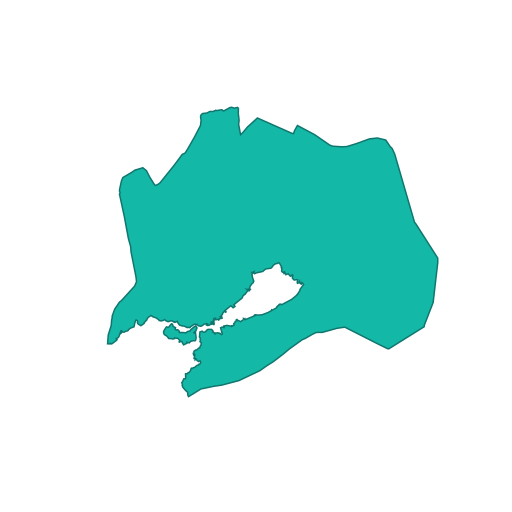 outline of Kota Kendari, Sulawesi Tenggara, Indonesia, rotated 148°
{"feature_id": "22746128B80961359079738", "entity_name": "Kota Kendari", "entity_type": "district", "adm_level": 2, "iso_a3": "IDN", "parent_name": "Indonesia", "parent_adm1": "Sulawesi Tenggara", "projection": "mercator", "projection_center": [122.584, -4.0], "detail": "fine", "context": "isolated", "style": "filled", "palette": "teal", "viewbox_px": 512, "rotation_deg": 148, "n_neighbors": 0, "source": "geoboundaries", "source_scale": "gbopen_adm2", "svg_char_len": 6152}
<svg xmlns="http://www.w3.org/2000/svg" viewBox="0 0 512 512"><g transform="rotate(148 256 256)"><path d="M84.4,268.8L83.6,274.8L83.8,276.4L84.2,276.6L84.5,285.6L90.6,291.8L97.7,295.2L111.3,298.1L121.0,300.7L125.3,303.1L132.8,308.5L134.7,311.0L141.9,327.7L151.7,344.7L156.7,342.0L159.4,339.9L160.6,341.1L181.7,372.3L194.9,369.9L201.6,367.7L204.8,367.1L201.0,376.8L198.4,380.1L195.6,386.0L192.7,390.5L192.9,391.8L196.1,392.9L197.8,395.0L199.5,395.7L206.4,396.1L207.0,396.5L207.1,397.6L207.9,398.4L212.2,400.1L212.9,400.9L215.8,401.3L218.5,403.0L221.9,403.3L225.7,405.1L227.3,405.0L228.7,404.1L229.4,403.2L230.6,400.3L233.9,396.1L245.6,389.2L257.6,382.8L261.3,381.0L262.5,380.9L264.6,381.3L276.8,376.5L298.6,368.9L300.9,368.7L303.6,369.0L304.3,370.1L304.3,379.5L303.7,386.4L305.2,390.8L313.2,393.0L316.6,392.8L327.3,393.1L330.4,390.9L334.5,386.7L336.8,384.3L337.5,383.0L337.7,381.7L339.0,380.8L346.7,359.4L354.9,338.6L357.4,330.2L359.8,325.7L368.8,302.0L370.9,297.6L374.8,294.8L394.0,289.4L396.1,289.3L404.0,285.8L410.0,281.1L410.5,280.0L412.3,278.3L415.7,273.7L423.1,267.4L428.4,260.2L426.5,258.9L425.6,259.1L425.5,258.2L424.5,257.9L418.8,258.4L418.1,258.8L418.4,260.0L416.5,259.8L415.1,260.2L410.1,264.2L409.5,263.9L409.5,263.5L411.0,263.0L411.3,262.1L410.0,262.5L408.2,261.3L406.1,261.1L404.3,260.5L402.4,261.2L400.6,261.3L396.9,260.6L394.3,263.4L391.9,265.3L391.5,265.2L390.9,264.0L391.0,263.2L392.0,262.2L392.0,260.8L390.6,257.9L387.2,258.0L386.1,258.4L386.0,258.8L382.2,259.7L381.9,260.3L379.9,261.1L376.5,261.1L376.2,260.8L375.9,259.4L373.7,256.7L372.3,253.7L372.3,252.6L370.9,251.2L368.7,250.5L367.1,250.5L366.8,248.9L365.3,246.8L363.1,246.3L361.5,245.5L360.9,243.9L360.3,243.6L360.5,243.4L360.2,243.0L359.9,243.2L359.5,242.6L357.4,242.3L357.7,241.3L357.5,238.0L355.4,235.5L354.2,234.9L352.3,231.7L351.7,231.7L350.2,230.4L349.8,230.4L349.8,230.7L344.6,230.8L342.2,229.2L341.9,227.4L340.1,225.7L338.7,225.4L336.0,225.7L333.2,224.4L333.0,224.0L334.5,223.6L334.0,222.8L333.2,222.4L332.1,222.0L330.7,222.2L329.8,221.6L329.5,222.1L329.4,223.6L328.6,223.7L328.3,223.1L328.8,222.2L328.8,221.4L328.1,220.2L327.7,220.3L327.2,221.1L327.5,223.1L327.1,222.9L327.3,223.3L326.3,223.8L325.8,223.4L325.6,223.6L325.4,224.9L324.4,225.3L323.3,224.6L324.1,223.7L323.9,223.2L321.4,222.2L321.5,221.5L321.1,221.5L320.7,222.2L317.7,221.2L317.3,222.4L317.8,223.1L318.7,223.1L318.7,223.5L317.0,223.4L316.8,224.0L315.5,224.2L314.7,225.0L311.8,226.1L311.7,224.6L311.0,224.5L311.1,226.2L304.3,227.1L303.6,226.9L302.8,224.2L300.5,224.4L300.7,226.4L290.1,227.7L287.9,229.2L286.9,229.2L286.3,229.6L285.6,229.3L281.2,231.0L281.5,232.5L280.7,231.6L280.0,231.7L280.0,231.3L280.7,231.1L280.4,230.1L278.4,230.7L278.7,231.6L279.8,231.4L279.8,231.9L279.2,231.7L276.7,233.6L274.0,234.7L272.7,234.8L271.2,235.8L270.3,239.9L268.9,242.9L268.3,243.4L268.3,244.0L267.4,243.1L267.4,244.0L266.0,243.8L267.1,243.0L266.7,242.7L267.2,241.9L266.5,242.5L266.5,241.7L264.6,241.5L258.5,239.3L254.7,239.9L249.9,237.8L249.0,237.8L245.9,239.0L243.8,239.1L241.6,238.3L240.3,238.3L239.9,237.4L240.1,232.9L240.8,232.7L240.7,231.5L242.3,229.7L242.2,228.5L241.7,227.6L240.2,227.6L240.1,226.9L241.4,226.2L240.3,225.4L240.5,224.3L238.0,223.9L237.8,221.3L237.3,220.4L235.1,220.9L235.0,220.2L236.8,218.1L236.7,216.7L236.3,215.3L234.1,214.5L233.4,213.7L234.9,212.0L235.3,210.9L234.3,210.7L232.5,211.5L233.3,210.0L233.0,209.3L232.7,209.4L232.8,208.7L232.4,208.1L231.1,209.1L230.7,206.6L236.3,204.4L236.9,203.6L240.8,201.6L240.8,201.8L242.6,201.1L248.9,200.3L260.2,201.1L260.4,202.0L261.5,202.6L262.5,202.5L262.9,202.0L263.9,202.2L265.4,201.8L265.8,201.2L270.7,201.4L271.2,202.1L271.8,201.5L275.7,201.7L282.3,203.0L286.5,205.4L287.1,206.2L288.3,206.7L288.8,206.6L288.7,206.0L298.8,207.7L298.6,208.8L299.6,208.7L299.8,209.4L300.2,208.7L303.8,208.5L305.5,211.1L305.9,211.1L305.8,212.3L306.3,212.4L306.5,211.4L308.2,211.6L309.3,210.6L310.7,210.5L311.2,209.0L313.9,209.2L313.6,209.8L314.7,210.0L317.3,212.5L320.5,213.7L320.7,213.4L319.9,213.1L321.0,212.1L322.4,213.7L324.1,213.9L325.5,209.1L325.3,208.6L325.8,207.8L326.7,207.6L327.1,207.7L327.3,209.0L328.0,209.7L327.8,209.9L329.4,211.3L329.9,211.2L330.8,212.1L332.0,211.6L332.1,213.1L332.4,213.1L333.0,214.4L332.5,214.5L332.2,215.5L332.5,217.2L335.5,219.2L337.2,219.2L338.6,218.6L340.4,218.8L340.9,219.1L341.5,220.8L343.8,221.3L346.9,217.3L346.7,215.8L347.5,215.1L347.8,213.9L348.9,213.1L348.4,211.4L350.0,209.4L350.9,209.2L352.4,207.9L353.5,208.3L355.1,207.9L356.4,207.8L357.2,208.3L359.1,208.1L360.2,206.5L360.4,205.3L361.0,205.4L361.1,205.7L361.3,205.1L360.7,205.0L360.3,204.4L361.0,204.2L361.8,202.8L362.8,202.2L362.8,201.5L361.5,201.1L361.4,200.8L362.2,200.2L361.3,200.2L361.4,198.8L360.7,197.0L358.9,196.8L359.4,194.8L360.7,194.2L361.8,194.4L361.9,194.1L364.4,194.5L367.0,194.0L368.2,194.5L369.4,194.4L370.2,195.1L370.9,194.8L371.9,193.7L374.1,192.7L375.4,193.1L376.4,192.4L378.1,193.5L379.0,192.2L379.0,191.5L379.8,190.9L379.8,190.4L380.9,189.3L382.4,190.1L384.9,188.3L386.0,188.0L386.7,185.6L387.2,185.4L387.6,183.4L387.0,179.3L386.2,176.7L387.7,173.7L387.7,172.5L373.1,172.4L360.9,167.9L353.6,164.7L336.6,159.4L313.5,156.7L304.8,157.2L297.7,157.2L284.9,158.4L276.9,159.5L261.0,160.5L258.2,160.0L249.6,159.7L245.3,159.2L240.3,156.1L225.7,151.8L218.4,148.6L199.4,117.1L193.5,107.6L192.6,106.9L150.9,106.9L149.7,108.3L130.4,122.7L105.2,154.3L103.0,157.9L103.4,198.6L103.7,200.6L84.4,268.8ZM356.6,218.2L354.2,217.5L352.7,216.4L351.8,216.6L350.2,218.2L347.9,223.1L349.2,223.3L349.2,223.9L348.4,223.7L347.9,224.3L347.3,223.9L344.2,226.2L344.0,228.6L346.3,228.7L350.3,228.1L351.5,227.4L353.9,228.2L356.2,228.0L359.4,230.5L361.0,231.1L361.5,232.0L360.9,232.7L361.3,234.6L361.6,235.1L362.6,235.3L363.4,236.7L362.2,237.9L363.6,240.2L363.0,242.3L363.4,243.2L364.7,243.1L367.4,242.0L368.6,242.2L369.2,243.2L369.7,243.3L373.4,241.6L374.7,240.6L375.3,238.9L375.3,237.7L374.0,235.2L373.7,232.2L371.2,230.5L370.8,229.8L368.9,229.1L368.5,229.7L366.0,227.6L365.3,225.2L365.5,224.2L366.3,224.4L366.7,223.7L366.3,223.4L365.0,223.5L364.2,222.4L364.5,221.2L364.5,219.0L360.8,218.6L360.3,219.5L358.7,217.7L356.6,218.2Z" fill="#14b8a6" stroke="#0f766e" stroke-width="1.5"/></g></svg>